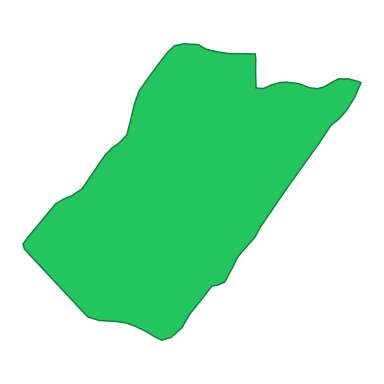 the district of Bayi-Brikolo, Haut-Ogooué, Gabon
{"feature_id": "22940354B11019670045233", "entity_name": "Bayi-Brikolo", "entity_type": "district", "adm_level": 2, "iso_a3": "GAB", "parent_name": "Gabon", "parent_adm1": "Haut-Ogooué", "projection": "mercator", "projection_center": [14.109, -0.581], "detail": "fine", "context": "isolated", "style": "filled", "palette": "green", "viewbox_px": 384, "rotation_deg": 0, "n_neighbors": 0, "source": "geoboundaries", "source_scale": "gbopen_adm2", "svg_char_len": 920}
<svg xmlns="http://www.w3.org/2000/svg" viewBox="0 0 384 384"><path d="M361.0,82.6L357.9,81.4L348.6,78.9L338.4,78.9L332.5,81.9L323.9,87.0L317.3,88.7L309.5,87.7L301.1,84.5L296.7,83.3L285.9,82.1L279.8,82.6L272.0,84.8L263.4,88.5L256.1,88.0L255.6,72.3L255.8,59.3L255.2,53.9L228.1,53.5L217.4,51.9L205.8,49.1L198.4,44.6L183.6,43.8L174.4,45.8L167.8,52.0L157.8,64.9L146.1,81.0L138.9,91.3L134.4,104.3L131.5,116.5L126.9,134.9L119.0,143.1L112.1,147.9L105.2,154.9L81.8,189.1L71.5,195.9L64.4,198.7L55.4,204.1L29.5,235.3L23.0,243.9L24.3,248.8L30.6,255.8L87.7,316.9L99.3,320.5L116.1,321.5L125.9,322.9L135.5,326.4L146.4,331.7L154.5,336.6L161.7,340.2L170.9,337.5L181.8,327.9L190.2,313.4L200.7,300.6L211.8,286.1L217.9,285.0L224.7,282.1L233.1,266.4L237.4,257.6L242.8,250.9L254.9,237.3L260.4,227.0L287.8,186.9L319.9,142.1L330.6,125.7L338.8,119.0L346.3,110.7L354.9,96.9L361.0,82.6Z" fill="#22c55e" stroke="#15803d" stroke-width="1.5"/></svg>